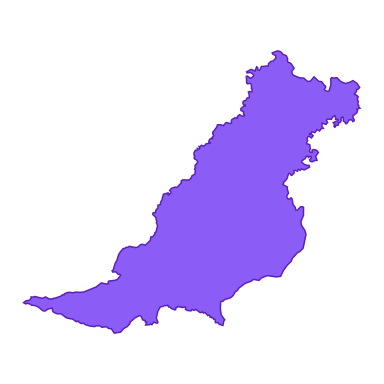 the district of Samaniego, Nariño, Colombia, rotated 91°
{"feature_id": "7082276B98763994729952", "entity_name": "Samaniego", "entity_type": "district", "adm_level": 2, "iso_a3": "COL", "parent_name": "Colombia", "parent_adm1": "Nariño", "projection": "albers", "projection_center": [-77.707, 1.393], "detail": "fine", "context": "isolated", "style": "filled", "palette": "violet", "viewbox_px": 384, "rotation_deg": 91, "n_neighbors": 0, "source": "geoboundaries", "source_scale": "gbopen_adm2", "svg_char_len": 5906}
<svg xmlns="http://www.w3.org/2000/svg" viewBox="0 0 384 384"><g transform="rotate(91 192 192)"><path d="M334.5,267.3L333.3,260.8L329.8,258.0L327.6,254.3L324.9,251.9L323.1,251.5L318.8,246.7L316.5,242.2L317.1,240.7L320.7,239.1L321.4,236.4L322.7,236.5L323.0,235.0L325.8,236.1L325.5,232.5L324.7,231.0L325.4,229.8L322.7,227.8L323.7,225.6L323.6,224.2L322.7,223.8L318.7,225.5L311.9,224.1L307.5,221.7L306.9,219.1L305.9,217.5L306.2,216.5L305.6,214.3L307.3,213.4L307.4,212.1L308.7,210.9L310.2,207.1L309.8,206.3L307.9,206.1L307.8,205.1L306.5,203.9L307.4,201.9L306.9,200.9L307.7,200.0L307.0,196.9L308.0,196.3L309.3,196.6L310.5,194.7L310.9,191.0L309.6,189.7L310.3,187.6L309.3,186.2L312.4,181.8L312.2,179.7L311.6,179.3L312.8,178.3L312.4,176.7L315.3,174.0L314.8,172.9L315.5,171.9L316.9,171.7L316.7,170.4L317.5,170.0L317.6,168.6L318.9,168.0L318.9,166.8L322.2,166.3L322.2,163.8L323.8,162.5L324.9,158.8L320.4,157.9L319.3,157.0L314.3,160.7L308.2,161.6L301.1,161.4L300.6,159.1L298.9,157.3L297.1,151.6L294.8,149.0L291.1,147.1L289.6,144.8L287.3,143.5L282.4,137.3L280.2,131.5L278.3,128.9L279.2,123.5L276.7,121.1L274.3,115.4L275.4,106.1L274.8,101.9L268.8,99.2L263.6,95.6L259.7,91.7L256.5,90.5L250.7,85.3L249.9,83.4L246.2,79.9L232.5,77.3L228.2,78.6L224.0,81.6L221.6,82.4L219.1,82.4L213.3,80.1L205.4,80.2L204.8,81.4L204.9,83.2L208.2,86.2L208.3,87.8L205.4,88.6L202.7,90.8L197.1,91.8L196.1,92.9L197.3,94.2L197.3,95.8L195.7,97.1L194.1,97.1L191.4,95.5L186.9,96.9L185.4,96.7L183.0,101.2L181.3,100.4L180.5,100.7L179.6,99.3L177.1,97.3L171.7,95.7L172.1,93.9L173.5,93.2L173.6,92.5L171.3,90.2L168.8,90.4L168.5,89.3L169.4,86.8L167.4,86.0L168.4,84.2L167.0,82.7L168.0,80.2L165.1,74.9L163.3,75.4L163.4,77.2L162.6,79.8L160.4,82.8L158.9,82.7L156.6,79.4L154.3,78.3L154.1,77.5L155.4,75.9L154.3,75.2L154.5,73.5L155.6,73.2L157.8,75.0L159.3,74.3L159.7,72.3L158.7,70.6L158.0,67.5L154.2,69.0L150.3,66.3L148.2,68.0L147.4,70.8L148.0,72.7L150.2,72.4L150.1,74.6L149.0,75.4L146.6,74.4L142.5,75.2L141.8,78.2L140.5,78.3L138.6,77.3L136.4,77.9L134.7,77.1L134.3,75.8L135.9,73.6L133.6,71.8L131.9,73.6L132.4,75.4L131.6,75.4L131.1,74.0L129.8,73.2L130.5,70.2L127.5,68.1L128.7,65.5L126.3,63.8L126.0,61.8L123.9,63.3L120.9,63.1L122.1,59.2L120.0,57.6L118.3,58.8L116.7,58.1L116.9,53.9L115.1,53.0L113.1,50.7L114.2,49.9L116.9,49.7L116.7,47.8L117.3,47.1L118.2,47.6L120.1,52.0L122.1,50.6L123.8,51.2L124.7,50.5L124.5,49.9L123.2,49.6L122.5,46.8L120.2,47.0L120.1,45.4L119.2,44.6L117.8,44.1L115.4,44.3L114.4,42.8L114.7,42.1L118.5,41.9L119.5,40.2L121.1,39.4L120.7,38.3L117.0,36.0L117.3,33.3L118.8,32.4L118.0,31.1L117.1,31.0L114.7,32.4L113.0,32.3L109.8,28.5L107.5,27.9L106.3,28.6L105.3,25.5L104.2,26.8L102.5,26.8L101.1,27.9L98.7,27.2L96.1,28.5L94.0,27.4L92.5,28.9L91.3,31.4L88.5,29.2L86.6,29.3L86.3,27.7L84.6,26.2L80.5,28.9L77.8,33.0L79.5,36.0L80.8,40.6L79.0,45.2L75.2,49.1L75.6,52.2L75.2,54.2L76.3,55.2L82.7,55.0L88.4,56.7L89.0,58.4L88.2,60.7L87.2,61.4L84.6,60.1L83.6,60.5L83.1,61.5L79.5,64.2L79.1,67.3L74.7,72.0L79.2,75.6L79.4,78.5L76.2,82.1L75.9,86.5L73.6,92.5L72.2,93.9L69.8,94.3L66.5,92.1L62.3,94.9L61.1,96.4L60.8,98.1L59.1,98.8L56.7,98.8L54.1,100.1L52.7,103.5L50.3,105.7L49.5,107.9L49.5,109.3L51.5,114.2L52.5,113.9L54.2,110.7L56.6,110.5L59.4,113.0L60.2,115.6L62.3,117.7L64.6,118.0L65.3,124.8L68.8,126.2L69.2,126.9L68.8,128.1L66.4,128.6L65.7,129.6L69.9,131.0L68.4,135.1L70.9,139.5L72.0,139.0L71.5,135.8L72.8,133.5L74.3,132.3L75.5,132.9L77.3,135.4L75.1,138.7L75.3,139.7L82.2,139.2L82.9,138.1L82.3,136.3L82.7,135.0L85.1,134.3L87.2,134.5L88.7,133.6L90.9,134.0L90.5,136.5L91.1,137.4L93.2,136.6L96.6,136.4L97.1,138.6L99.5,139.7L99.9,141.6L101.1,142.6L102.9,142.6L103.9,141.9L104.2,140.1L105.1,140.3L105.5,141.9L107.7,144.6L109.7,144.5L110.7,142.0L113.3,141.8L114.1,140.7L114.7,140.9L115.5,142.4L113.8,145.9L115.7,147.9L117.3,147.9L117.1,150.7L119.1,153.6L120.4,154.0L122.0,153.6L122.9,154.5L121.9,159.1L125.1,161.8L124.2,164.6L124.4,167.7L126.7,168.4L132.1,172.4L133.7,172.2L135.0,171.1L136.9,172.6L138.1,172.5L137.8,173.3L139.1,175.3L141.0,176.0L141.9,176.0L142.4,174.5L142.9,174.6L143.5,178.7L145.1,179.8L145.9,181.5L145.1,183.4L146.5,184.9L146.4,185.8L147.9,184.9L148.9,185.4L148.3,187.5L149.7,187.4L150.4,188.5L150.2,189.4L152.7,190.7L155.0,190.6L156.2,189.8L157.3,190.5L158.7,190.2L160.1,187.7L161.6,187.0L163.0,187.3L165.2,189.4L168.1,189.2L169.0,189.8L170.5,189.1L174.3,189.4L175.5,192.1L178.1,193.2L180.1,195.2L180.0,201.6L181.2,203.0L183.2,203.0L186.6,206.0L187.6,207.3L187.4,209.0L188.7,212.6L190.9,214.4L192.2,213.1L193.3,213.0L195.4,215.5L195.1,215.9L194.1,215.3L193.3,215.9L194.8,220.6L200.4,221.9L202.7,223.2L205.1,223.3L205.8,225.8L208.5,225.8L210.9,227.9L213.4,228.1L213.2,229.9L213.8,230.7L215.2,230.8L218.1,227.6L220.7,227.3L221.5,226.6L223.5,227.1L226.2,225.8L232.8,227.4L233.2,228.3L234.6,228.4L236.8,229.9L237.6,230.9L237.6,232.3L241.1,232.9L246.0,237.8L245.2,240.3L245.3,242.1L248.2,245.5L248.5,247.6L247.4,253.6L248.4,255.1L248.4,256.9L249.5,258.0L249.7,259.8L252.8,262.4L255.7,264.2L261.6,265.9L264.7,267.6L271.5,269.5L272.1,270.5L273.4,270.0L273.2,266.5L275.4,264.7L275.9,262.1L276.5,261.9L280.7,265.0L281.6,267.2L282.5,273.6L283.1,274.2L284.7,274.0L285.6,275.4L284.5,281.1L288.6,286.1L293.8,298.3L294.3,302.2L294.1,307.0L294.9,308.8L294.4,312.8L294.8,315.3L296.1,317.9L296.9,318.0L297.2,319.9L298.5,321.5L300.6,327.3L300.6,328.5L301.6,329.5L301.2,330.9L301.7,332.2L299.5,336.6L300.9,339.8L299.2,347.5L300.0,349.5L299.7,351.0L301.0,351.0L302.4,352.0L303.4,353.7L303.6,356.0L305.6,358.5L306.8,356.4L306.2,354.6L306.8,352.1L307.9,350.7L308.4,346.6L309.6,343.8L313.4,338.9L313.6,336.9L311.5,333.8L310.6,329.7L313.5,329.2L314.7,328.2L316.2,324.6L316.1,320.7L320.0,315.5L321.0,310.9L320.8,309.6L323.5,305.8L323.7,305.1L322.9,303.8L324.3,302.6L325.5,300.3L325.1,298.3L326.5,296.3L327.8,291.7L328.3,286.9L327.3,285.4L327.7,284.1L327.1,282.6L328.8,279.7L328.2,275.4L329.9,272.9L330.2,270.2L334.5,267.3Z" fill="#8b5cf6" stroke="#5b21b6" stroke-width="1.5"/></g></svg>